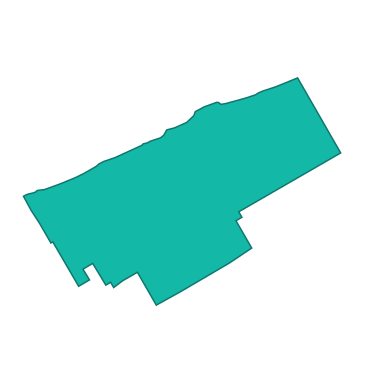 Lincoln, Oregon, United States of America, rotated 60°
{"feature_id": "52423323B15619780159684", "entity_name": "Lincoln", "entity_type": "district", "adm_level": 2, "iso_a3": "USA", "parent_name": "United States of America", "parent_adm1": "Oregon", "projection": "robinson", "projection_center": [-123.957, 44.66], "detail": "fine", "context": "isolated", "style": "filled", "palette": "teal", "viewbox_px": 384, "rotation_deg": 60, "n_neighbors": 0, "source": "geoboundaries", "source_scale": "gbopen_adm2", "svg_char_len": 858}
<svg xmlns="http://www.w3.org/2000/svg" viewBox="0 0 384 384"><g transform="rotate(60 192 192)"><path d="M146.0,43.5L142.7,67.2L140.0,80.0L139.4,85.1L139.6,88.3L137.4,98.9L132.3,118.5L130.6,123.1L127.8,124.2L126.7,125.8L124.4,138.6L124.0,148.9L126.8,152.2L129.1,161.9L127.7,175.2L125.6,182.8L128.8,188.3L129.3,192.3L127.2,202.5L127.1,206.4L125.9,210.1L126.5,212.0L123.7,241.6L121.4,253.3L121.2,258.7L121.9,262.1L121.9,276.3L121.2,286.3L118.8,303.7L116.1,318.6L115.0,321.2L113.3,325.3L113.8,327.1L113.5,329.5L111.6,336.1L111.4,340.1L127.7,340.5L143.0,339.7L165.6,339.7L165.6,337.5L217.0,337.3L216.9,324.7L204.3,325.0L204.2,313.7L229.6,313.2L229.5,307.6L235.6,307.6L234.2,296.4L234.2,279.4L272.1,279.5L272.6,251.1L272.2,195.3L270.4,168.3L238.9,168.3L238.8,161.4L232.5,161.4L232.5,43.7L146.0,43.5Z" fill="#14b8a6" stroke="#0f766e" stroke-width="1.5"/></g></svg>